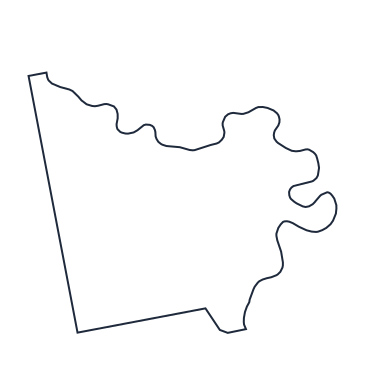 outline of Doniphan, Kansas, United States of America, rotated 349°
{"feature_id": "52423323B86615005199408", "entity_name": "Doniphan", "entity_type": "district", "adm_level": 2, "iso_a3": "USA", "parent_name": "United States of America", "parent_adm1": "Kansas", "projection": "albers", "projection_center": [-95.019, 39.808], "detail": "fine", "context": "isolated", "style": "outline", "palette": "slate", "viewbox_px": 384, "rotation_deg": 349, "n_neighbors": 0, "source": "geoboundaries", "source_scale": "gbopen_adm2", "svg_char_len": 2271}
<svg xmlns="http://www.w3.org/2000/svg" viewBox="0 0 384 384"><g transform="rotate(349 192 192)"><path d="M253.6,124.2L247.6,122.2L244.9,122.1L242.2,122.6L238.9,124.5L235.7,129.2L235.2,130.3L234.8,132.5L235.3,138.5L235.1,140.1L233.6,144.0L231.2,146.4L227.9,148.5L225.4,149.1L219.4,149.4L202.6,151.4L200.6,151.2L197.7,150.3L188.6,145.7L175.7,142.0L171.9,139.9L170.6,138.8L168.5,136.3L167.3,133.1L166.9,130.5L167.5,126.0L167.4,124.0L166.7,121.1L165.4,119.4L163.3,118.0L159.6,117.0L157.4,117.2L150.2,121.0L146.1,122.4L140.3,122.5L137.8,121.9L134.6,120.4L133.1,119.4L130.9,116.2L130.7,115.2L130.6,113.3L130.9,111.0L133.1,105.5L133.9,101.2L133.6,96.7L131.7,93.1L126.4,89.9L124.8,89.3L122.6,89.0L116.3,89.4L113.1,89.3L110.4,88.5L105.3,85.8L101.0,81.0L98.6,76.7L94.0,70.1L91.2,68.0L82.6,63.8L75.2,58.8L72.6,55.2L72.2,54.1L71.8,51.7L71.9,47.0L53.7,46.9L52.8,308.2L183.0,308.8L193.0,332.7L200.2,337.1L218.8,336.9L217.8,332.1L218.0,329.6L218.9,325.6L221.1,319.9L224.0,315.0L227.2,311.1L228.1,308.6L233.8,299.2L235.5,296.9L239.2,293.6L240.9,292.5L244.6,291.4L249.0,290.9L253.5,290.8L259.0,289.8L260.5,289.2L263.5,287.2L266.4,283.4L267.2,281.4L267.8,278.4L268.1,267.6L266.5,255.7L266.5,251.1L266.9,249.0L269.9,243.7L272.9,240.7L275.7,238.7L277.2,238.5L279.5,238.8L281.8,239.7L285.0,241.8L290.3,246.5L297.1,251.4L301.9,253.7L306.2,254.9L308.1,255.0L312.5,254.3L316.9,252.9L321.8,250.1L325.0,247.0L329.1,240.7L330.6,235.8L331.1,232.8L331.2,232.6L330.4,225.6L329.0,222.4L327.8,220.3L326.7,219.1L325.2,218.2L324.4,218.1L318.4,219.4L317.0,220.2L311.3,224.7L311.3,224.8L311.2,224.9L310.5,225.4L310.4,225.5L308.2,227.0L304.1,228.4L300.6,228.4L297.9,227.2L292.5,223.1L290.5,221.1L287.8,217.7L287.2,216.2L286.9,213.7L287.3,210.5L288.7,208.2L290.5,206.6L292.8,205.5L311.7,204.5L313.3,204.1L316.8,202.1L318.7,199.8L321.3,192.6L321.5,187.8L321.2,182.3L321.1,182.1L320.9,179.9L319.9,177.8L318.6,176.0L315.1,172.9L313.7,172.2L311.8,171.9L305.8,172.3L301.8,171.9L297.8,170.6L292.5,166.7L285.8,160.3L284.6,158.7L283.0,155.2L283.1,151.8L284.0,149.3L285.1,147.4L289.4,143.2L291.1,140.3L291.8,137.4L291.7,134.6L291.4,133.0L290.5,131.0L287.6,127.5L282.2,123.9L277.8,122.1L273.3,121.3L270.9,121.7L262.6,124.5L257.3,125.1L255.4,124.8L253.6,124.2Z" fill="none" stroke="#1e293b" stroke-width="2"/></g></svg>